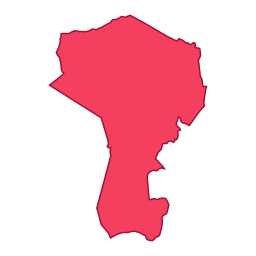 outline of Santa Rita, Paraíba, Brazil
{"feature_id": "56859067B37269075188213", "entity_name": "Santa Rita", "entity_type": "district", "adm_level": 2, "iso_a3": "BRA", "parent_name": "Brazil", "parent_adm1": "Paraíba", "projection": "natural_earth1", "projection_center": [-34.981, -7.098], "detail": "fine", "context": "isolated", "style": "filled", "palette": "rose", "viewbox_px": 256, "rotation_deg": 0, "n_neighbors": 0, "source": "geoboundaries", "source_scale": "gbopen_adm2", "svg_char_len": 2467}
<svg xmlns="http://www.w3.org/2000/svg" viewBox="0 0 256 256"><path d="M162.2,219.7L161.9,217.3L163.2,215.6L166.6,213.5L167.5,210.6L168.0,208.5L168.9,204.8L168.1,203.2L167.2,201.2L166.0,198.8L164.5,198.3L161.8,198.1L160.1,198.5L158.6,199.1L156.9,199.6L154.8,198.7L152.9,198.9L151.1,199.3L149.2,199.7L148.2,189.2L147.3,178.5L147.4,175.6L148.2,173.6L149.9,172.0L152.2,170.4L154.5,170.4L156.6,170.8L158.4,169.6L159.6,168.4L161.5,168.0L164.3,168.7L162.9,166.5L155.5,158.8L158.1,152.4L160.6,150.0L161.7,147.7L162.1,145.8L162.8,143.8L164.9,143.5L166.7,143.5L168.3,141.6L170.9,140.7L173.2,142.3L174.6,141.6L174.9,139.3L176.6,139.6L177.7,137.5L178.1,134.4L177.6,132.0L178.5,130.5L180.3,130.1L179.6,128.2L178.0,127.1L176.6,125.1L176.4,122.6L177.6,120.9L177.8,119.1L178.6,117.0L180.0,118.1L180.6,120.0L181.3,122.0L182.9,122.9L185.7,123.7L187.5,124.5L189.2,125.6L191.9,122.0L194.7,118.0L196.0,116.1L199.3,111.6L204.5,105.7L203.9,103.9L204.0,101.2L204.5,97.2L205.3,91.7L205.7,89.1L206.5,86.5L203.2,86.5L202.5,84.3L202.1,80.1L200.1,75.3L199.8,71.3L199.3,68.2L198.9,64.0L198.6,62.3L198.4,60.3L200.6,55.5L200.2,51.4L199.8,48.8L198.4,48.0L196.9,48.0L195.1,47.5L195.5,45.0L194.7,42.8L193.1,42.8L191.2,44.6L189.0,44.2L187.9,42.7L186.2,43.1L184.4,41.6L181.8,39.9L179.0,38.7L177.6,40.4L176.1,40.8L167.4,36.5L146.2,24.1L130.3,15.4L127.8,16.2L125.3,17.2L123.3,16.9L121.5,16.5L119.8,17.7L118.1,18.5L116.5,19.4L114.9,19.5L113.0,19.6L111.5,20.8L110.3,22.6L108.7,23.5L106.9,24.2L105.6,25.1L104.0,25.8L102.4,27.0L100.8,27.8L98.9,28.2L97.4,29.3L95.6,29.7L93.8,29.2L91.7,29.3L88.8,31.0L85.9,31.7L84.0,31.7L81.7,31.6L79.1,31.5L77.0,31.0L74.6,30.8L71.8,31.9L69.7,33.2L67.8,33.7L66.0,33.6L63.9,33.5L61.1,33.7L61.2,36.0L60.2,38.8L60.3,41.9L59.5,44.6L58.7,47.9L57.5,50.2L56.3,52.5L57.4,54.9L58.8,56.6L59.8,58.3L60.3,61.3L60.7,63.3L61.2,66.2L61.4,69.3L62.2,71.7L63.8,73.3L62.5,74.9L49.5,85.2L101.2,117.8L105.0,130.4L108.0,140.5L108.5,144.1L107.2,146.3L108.3,147.8L110.7,147.8L110.2,150.6L110.2,152.9L111.0,155.2L104.4,180.0L96.8,208.1L97.8,211.2L101.2,224.5L108.6,233.3L110.5,237.9L112.3,236.9L114.2,235.9L116.0,234.8L118.3,234.0L120.4,233.0L122.7,232.7L124.8,232.4L127.9,232.6L129.8,231.9L132.0,231.4L135.0,231.2L139.7,232.7L143.3,234.7L145.4,235.7L146.7,239.0L148.2,240.0L150.6,240.6L152.6,240.5L153.9,239.6L155.1,238.2L156.5,236.7L158.1,236.6L159.5,235.2L160.1,233.4L160.6,231.4L161.3,228.9L161.7,226.6L162.1,224.0L162.4,222.0L162.2,219.7Z" fill="#f43f5e" stroke="#9f1239" stroke-width="1.5"/></svg>